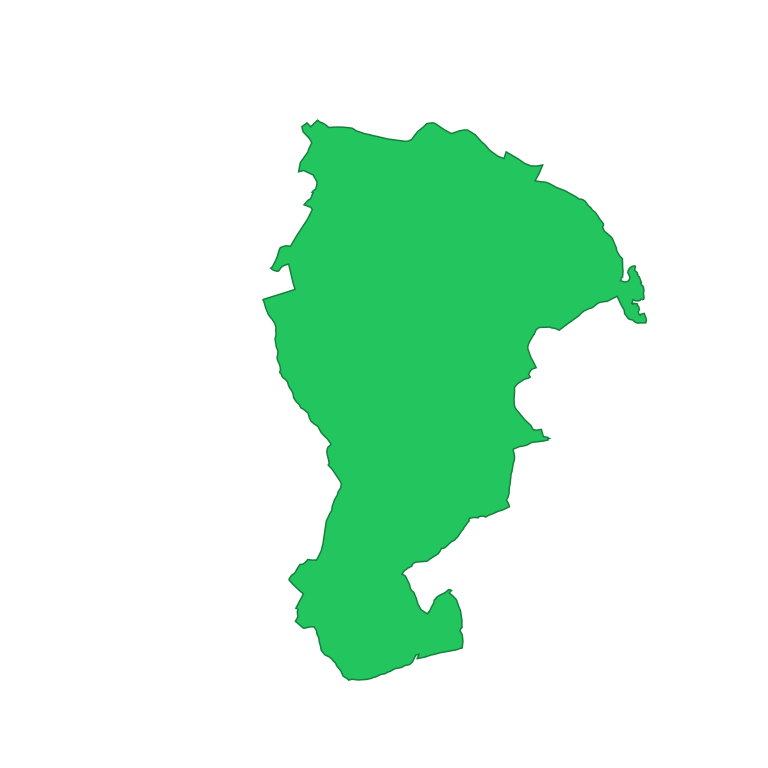 Milas, Bistrita-Nasaud, Romania, rotated 32°
{"feature_id": "2599482B6328448760405", "entity_name": "Milas", "entity_type": "district", "adm_level": 2, "iso_a3": "ROU", "parent_name": "Romania", "parent_adm1": "Bistrita-Nasaud", "projection": "equal_earth", "projection_center": [24.441, 46.819], "detail": "fine", "context": "isolated", "style": "filled", "palette": "green", "viewbox_px": 768, "rotation_deg": 32, "n_neighbors": 0, "source": "geoboundaries", "source_scale": "gbopen_adm2", "svg_char_len": 6170}
<svg xmlns="http://www.w3.org/2000/svg" viewBox="0 0 768 768"><g transform="rotate(32 384 384)"><path d="M508.1,653.3L511.0,653.8L511.0,653.3L512.1,652.9L512.8,651.6L518.9,648.7L525.9,643.7L529.1,640.5L530.7,638.2L532.0,637.1L535.4,631.8L538.6,628.9L539.8,626.5L541.7,624.2L543.8,620.0L549.3,614.8L550.6,612.0L553.8,608.9L554.5,608.0L555.4,604.6L554.6,597.0L556.9,594.7L557.6,599.3L558.1,599.0L563.8,593.5L567.4,589.0L570.0,586.6L574.1,582.1L586.1,571.2L588.8,567.8L589.9,566.9L590.0,566.0L587.3,560.4L583.5,555.5L581.3,554.0L579.0,552.9L578.8,550.4L579.3,549.2L576.6,545.4L575.8,543.7L568.9,535.6L565.3,533.1L560.2,528.9L559.2,528.4L554.6,527.2L550.0,526.6L550.6,523.3L548.1,523.7L547.3,525.4L546.7,527.6L545.5,530.0L543.2,533.5L541.7,536.9L541.5,538.9L541.1,540.8L542.2,542.7L542.4,547.7L543.2,553.4L542.6,553.5L542.8,555.9L537.2,555.9L535.5,555.8L534.1,555.3L529.3,552.6L524.9,548.6L519.8,545.0L516.5,544.3L514.6,543.3L511.9,540.5L504.7,536.0L503.5,535.5L500.0,535.6L500.3,531.0L501.2,529.6L501.6,527.7L502.7,526.3L503.1,525.2L504.1,523.9L503.7,521.8L504.3,519.7L506.0,517.7L514.4,511.5L515.7,508.0L519.9,499.2L520.1,496.4L519.8,493.2L521.6,491.7L522.7,489.8L524.5,482.5L526.7,478.7L527.0,476.3L527.5,475.3L527.7,467.9L528.2,464.2L527.8,463.1L528.1,461.8L528.4,457.4L528.8,454.9L527.4,453.7L528.1,452.5L527.9,452.3L531.3,449.3L534.6,447.7L534.4,447.3L534.9,446.6L534.7,446.4L536.2,444.9L538.9,443.0L540.6,443.1L542.4,439.7L545.1,436.3L548.3,431.4L551.0,428.5L555.4,421.6L553.8,420.1L551.8,418.7L549.4,417.7L549.1,414.2L548.1,410.7L544.9,404.9L544.2,402.6L539.3,392.6L539.0,390.7L536.0,383.6L534.7,378.9L533.9,377.9L533.3,376.5L530.8,373.7L529.8,373.0L528.2,370.7L531.9,365.5L535.7,362.1L537.6,360.0L540.3,355.2L549.2,348.1L552.8,344.5L551.9,343.5L553.0,342.6L550.4,342.7L547.3,344.1L546.5,343.7L541.5,339.1L537.3,342.8L534.9,343.5L533.6,343.1L530.5,341.3L522.6,339.8L510.0,335.6L507.2,334.3L504.9,331.8L502.4,328.1L498.5,320.8L496.8,318.3L496.5,317.2L497.0,313.7L498.1,310.6L500.6,305.5L503.3,302.6L504.4,300.6L501.4,299.2L501.5,298.0L501.2,296.3L501.2,294.7L501.7,292.9L504.4,289.5L498.5,285.8L495.0,284.0L487.4,278.0L486.2,276.2L485.5,274.1L485.0,270.3L484.8,263.8L485.0,262.0L484.6,260.1L484.6,259.0L484.2,257.8L485.1,254.9L486.0,253.6L494.7,247.7L496.2,247.7L499.7,246.1L504.0,245.6L508.0,235.2L513.1,222.9L513.8,219.4L514.8,216.3L517.8,211.6L519.3,210.0L520.6,208.1L522.3,202.9L523.0,201.5L524.5,199.7L528.5,196.3L529.4,195.8L532.8,189.9L535.3,186.1L543.3,191.3L548.4,194.0L550.9,196.9L556.7,199.1L559.0,198.8L560.8,197.9L564.5,198.5L566.4,198.1L573.6,193.4L572.9,191.2L571.3,189.3L567.3,186.2L564.7,188.9L564.9,190.0L563.0,189.6L561.4,188.2L561.1,185.3L558.6,183.2L557.5,183.4L556.5,181.8L552.7,183.4L553.0,184.4L551.4,184.3L550.6,180.5L553.1,180.2L554.5,179.5L556.5,178.0L556.8,177.4L556.8,176.1L557.4,175.5L558.7,175.3L559.2,174.6L558.9,173.1L555.6,169.1L555.1,167.1L552.5,164.2L550.9,163.5L550.0,163.6L548.1,162.4L548.6,161.6L543.6,157.8L542.2,157.7L539.6,155.3L536.4,154.8L534.8,150.9L533.7,151.1L531.9,153.0L530.8,155.8L531.0,158.7L531.9,160.5L535.5,162.8L536.6,164.3L536.7,167.0L535.4,169.0L533.3,170.3L529.8,171.0L529.2,168.3L529.6,166.8L527.0,161.8L524.5,158.5L519.8,151.4L516.6,150.7L512.8,148.9L510.1,147.1L509.2,145.7L500.6,139.6L499.0,139.0L489.7,137.5L486.2,135.1L486.0,133.0L485.0,131.8L479.1,129.6L476.9,128.4L472.2,126.5L468.4,126.0L465.8,124.9L462.9,124.5L457.6,122.4L455.0,122.3L453.0,122.8L451.7,123.8L447.5,123.5L435.0,124.2L426.2,125.9L417.8,126.4L414.4,127.1L410.1,129.2L404.4,131.7L404.0,123.3L402.5,114.2L398.5,117.9L393.1,121.2L386.3,122.4L378.4,122.0L364.6,122.4L366.3,129.2L359.8,130.5L353.6,130.1L349.6,129.7L342.1,127.4L339.0,127.1L329.3,124.3L320.5,124.3L317.7,125.8L313.9,129.2L308.5,135.9L300.2,136.4L289.8,136.0L288.0,136.2L286.1,137.3L282.2,140.6L281.3,144.9L278.9,151.8L278.3,156.2L278.0,160.9L277.7,162.4L275.9,165.1L273.5,166.9L257.2,174.3L247.0,177.7L242.2,179.5L240.0,180.0L235.6,181.8L226.2,184.0L221.6,183.9L216.9,186.0L211.2,189.0L205.9,192.4L201.2,195.7L196.6,195.1L192.6,195.3L192.1,195.8L187.8,195.5L185.6,204.7L180.3,203.4L178.0,209.3L180.2,211.6L182.1,213.1L189.9,215.1L192.2,216.1L195.0,217.9L195.6,224.4L196.5,227.6L195.7,240.6L199.1,249.3L202.8,245.5L213.1,244.3L220.1,248.1L221.1,249.9L222.8,254.7L221.7,257.3L221.3,259.6L222.7,259.4L222.8,261.9L223.3,263.4L223.5,265.9L222.1,268.7L221.2,274.4L228.2,273.0L230.8,274.1L231.8,284.8L231.4,304.7L231.7,316.7L228.1,318.5L226.2,320.1L223.8,323.2L224.1,326.0L226.2,333.4L226.7,337.1L227.2,343.8L226.6,345.9L229.1,346.1L231.3,345.8L234.2,344.8L234.8,343.7L235.0,340.1L235.4,338.4L236.5,336.4L239.6,332.8L253.9,347.0L258.5,350.9L236.7,376.4L236.8,376.9L238.4,377.7L243.6,382.4L248.6,386.0L251.0,387.2L254.8,388.4L258.7,390.2L261.6,392.5L262.7,393.7L263.6,395.6L265.6,398.3L266.9,400.8L267.3,402.6L268.3,404.3L273.5,410.1L275.3,411.2L277.1,413.0L278.8,416.8L279.4,418.5L281.7,420.7L284.1,422.1L287.0,424.6L288.9,427.3L289.1,428.6L289.5,429.6L291.3,429.9L293.8,431.8L295.9,432.3L297.9,432.3L301.3,433.5L303.4,435.5L305.7,437.1L309.8,438.9L311.3,440.0L312.6,441.1L314.7,443.6L318.6,445.4L323.0,446.4L325.8,448.1L326.8,448.3L329.1,448.1L334.8,448.9L335.5,449.3L338.6,452.2L341.7,454.2L346.0,454.9L349.1,454.9L350.5,455.1L356.7,458.6L360.6,459.7L364.9,460.5L370.5,462.8L371.0,463.7L370.0,467.5L370.1,468.5L371.2,471.4L373.3,474.0L377.9,478.4L377.9,478.8L379.0,479.4L379.7,481.2L379.6,482.3L385.1,483.7L398.5,489.8L400.8,491.3L402.3,495.1L402.2,499.5L403.3,503.3L403.3,508.2L405.1,515.7L406.6,518.6L406.8,523.2L407.7,530.8L417.2,552.5L417.7,554.4L419.2,558.8L420.0,567.2L420.0,569.4L419.0,569.6L416.5,571.4L412.3,573.3L412.2,575.1L411.6,577.5L410.6,579.9L408.3,581.6L408.3,587.4L408.6,591.3L407.0,595.4L406.8,599.1L407.3,600.5L413.0,602.2L422.5,604.1L426.9,604.7L428.1,620.9L429.1,620.6L430.5,620.8L431.1,622.9L431.9,624.1L434.1,626.7L434.4,627.3L434.6,632.2L445.1,633.8L446.1,633.1L449.7,629.4L452.4,627.6L453.7,627.1L457.4,628.9L459.5,631.5L463.3,633.9L465.9,637.1L469.6,640.4L471.1,642.4L472.4,643.3L477.1,645.0L482.3,644.5L485.0,644.8L488.1,645.9L490.4,646.3L494.4,648.6L499.0,649.9L504.1,653.4L508.1,653.3Z" fill="#22c55e" stroke="#15803d" stroke-width="1.5"/></g></svg>